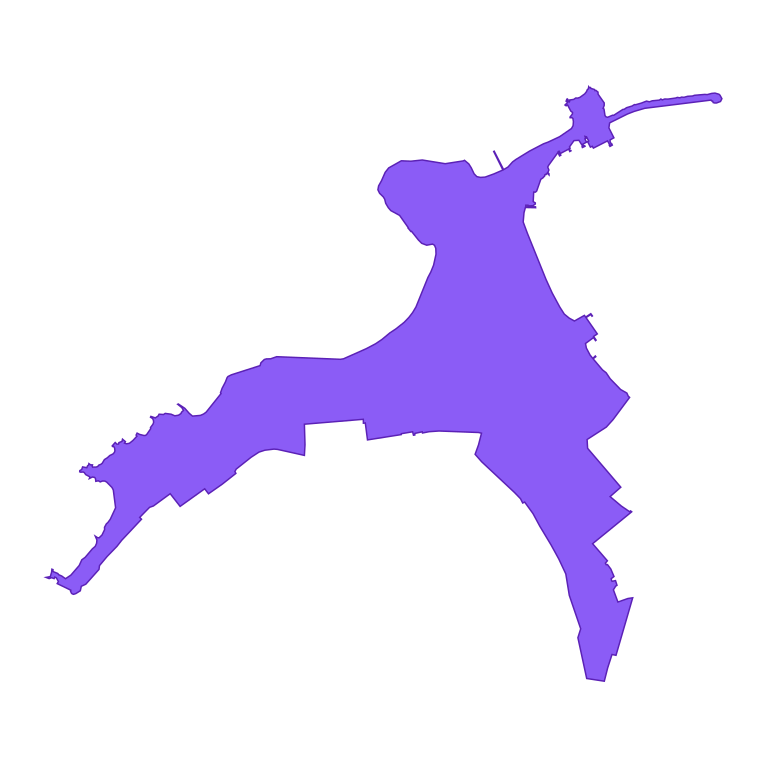 Al Gumruk, Al Iskandariyah, Egypt (orthographic projection)
{"feature_id": "37247803B59433804182787", "entity_name": "Al Gumruk", "entity_type": "district", "adm_level": 2, "iso_a3": "EGY", "parent_name": "Egypt", "parent_adm1": "Al Iskandariyah", "projection": "orthographic", "projection_center": [29.884, 31.203], "detail": "fine", "context": "isolated", "style": "filled", "palette": "violet", "viewbox_px": 768, "rotation_deg": 0, "n_neighbors": 0, "source": "geoboundaries", "source_scale": "gbopen_adm2", "svg_char_len": 6025}
<svg xmlns="http://www.w3.org/2000/svg" viewBox="0 0 768 768"><path d="M632.7,597.8L627.9,598.5L617.9,602.0L613.4,589.8L615.7,586.1L617.0,585.3L615.5,580.6L612.1,581.3L611.5,580.3L611.2,578.7L614.0,576.5L610.8,569.0L607.5,564.6L606.2,564.7L605.4,563.1L607.4,560.8L592.6,543.7L631.7,511.8L630.6,510.9L629.6,511.7L621.4,506.1L610.1,496.6L620.8,487.2L587.6,448.3L587.1,439.5L606.3,427.1L613.0,419.7L629.6,397.4L628.2,396.1L626.9,393.1L620.6,389.5L610.2,378.8L606.2,372.8L602.5,369.9L593.1,358.8L595.8,356.7L595.3,356.0L592.8,358.4L590.1,355.1L586.4,348.1L585.5,343.5L593.5,337.6L595.5,340.6L596.1,340.1L593.6,336.4L597.3,333.9L586.0,317.6L590.8,314.5L592.0,316.2L592.4,315.9L590.8,313.7L585.7,317.1L584.4,315.4L574.4,321.0L569.2,318.1L564.3,314.1L559.7,306.9L552.2,293.0L546.0,279.4L527.4,233.3L523.2,222.0L524.0,212.7L525.4,207.5L535.6,207.7L535.5,206.8L525.8,206.8L525.8,205.2L528.0,205.2L528.1,205.9L532.9,205.7L535.3,204.0L535.3,202.9L533.2,201.6L533.7,192.1L535.5,192.1L536.7,191.0L540.8,179.3L542.9,177.9L544.8,175.8L544.7,175.1L545.5,174.3L546.1,174.5L547.2,173.1L549.0,174.9L549.0,173.8L547.9,172.5L548.9,170.0L547.7,167.0L548.7,165.2L557.9,152.5L559.6,155.9L560.8,155.2L560.5,154.5L559.9,154.8L558.3,151.6L559.1,151.2L560.4,153.5L568.7,149.1L569.8,151.5L571.0,150.8L570.7,150.4L570.0,150.8L569.1,148.8L570.1,148.2L569.5,146.9L574.0,140.6L578.9,140.3L582.8,146.4L582.1,146.7L582.4,147.5L585.0,146.3L584.7,145.7L583.7,146.2L582.8,144.2L586.5,142.2L584.9,138.9L585.7,138.5L585.0,136.4L586.5,136.8L588.7,141.0L587.6,141.6L590.4,147.1L592.3,146.3L593.4,148.1L607.5,140.9L609.8,144.9L609.3,145.2L610.0,146.4L612.3,145.1L611.8,144.0L611.4,144.2L610.1,141.6L610.1,139.9L613.9,137.8L608.9,127.9L609.6,123.0L610.4,122.5L627.5,114.0L634.2,111.4L644.8,108.3L711.0,100.1L711.5,100.9L712.6,101.1L713.2,102.6L714.7,103.0L716.5,103.0L720.5,101.5L721.9,98.7L720.0,95.2L718.9,94.2L715.0,93.1L711.7,93.4L707.2,94.6L704.8,94.4L694.4,95.3L692.5,96.0L687.6,96.3L684.0,97.3L681.6,97.1L679.8,97.8L677.3,97.4L675.8,98.0L667.9,99.1L664.7,99.0L662.2,99.9L660.9,99.0L659.4,100.1L652.2,100.8L649.4,101.8L646.5,101.1L641.3,103.1L635.7,104.7L634.4,104.6L632.1,106.0L626.5,107.7L624.2,109.3L622.9,109.4L613.7,115.3L612.6,115.2L607.6,117.3L606.0,116.8L605.0,115.6L604.0,109.0L603.1,108.4L604.2,105.4L604.2,102.9L598.1,94.2L598.0,92.1L595.9,90.4L595.0,90.6L594.5,89.5L590.9,88.4L590.5,87.5L589.3,87.6L588.7,86.8L588.4,88.8L587.4,89.5L586.5,91.6L584.7,93.9L580.0,97.3L577.8,98.1L575.7,98.0L573.7,99.4L568.9,100.1L569.7,100.9L569.4,101.9L567.6,101.5L567.6,99.2L567.2,98.9L566.8,99.3L566.1,101.2L567.2,101.9L567.4,102.7L565.0,105.0L566.1,105.8L567.6,105.0L570.8,111.1L572.5,112.4L572.4,114.0L570.0,117.1L570.1,117.7L572.0,117.7L572.9,118.4L573.4,121.6L573.1,125.6L571.5,128.5L559.6,136.7L548.1,142.1L543.5,143.8L529.7,151.0L516.0,159.4L512.6,161.9L507.9,167.1L503.6,169.6L494.2,151.2L493.7,151.5L502.9,170.0L493.9,173.9L485.1,177.1L480.4,177.4L476.8,176.6L474.1,173.8L471.3,167.9L468.8,163.9L464.5,160.3L463.3,160.9L445.2,163.7L422.3,160.0L410.9,161.2L401.3,160.8L388.7,167.9L385.2,172.3L381.5,180.7L378.6,185.9L377.9,189.8L379.6,193.3L383.3,196.9L384.7,199.2L385.7,203.3L388.3,207.7L390.8,210.6L399.6,215.4L408.2,227.6L408.0,228.0L410.9,231.5L411.5,231.3L418.5,240.1L421.7,243.3L426.7,245.2L432.6,244.1L434.5,245.3L435.8,248.4L436.0,254.2L433.6,265.1L430.8,272.0L427.9,277.5L416.0,306.9L412.6,312.6L408.9,317.4L404.2,322.3L395.6,329.1L390.1,332.7L381.9,339.5L375.5,343.8L366.2,348.7L343.5,358.8L340.4,359.3L276.7,356.7L270.6,358.8L266.4,358.9L264.3,359.5L260.9,362.8L260.1,365.6L231.4,374.8L228.0,376.5L227.1,377.6L225.4,382.0L222.1,388.3L220.5,392.8L221.0,393.6L206.2,412.1L203.6,414.0L200.4,415.4L192.5,416.1L189.1,413.2L184.8,408.3L178.3,404.0L177.7,404.3L181.8,407.6L183.5,410.4L181.5,412.2L181.0,413.5L178.5,415.2L174.8,415.8L171.1,414.2L165.2,413.4L163.5,414.5L159.1,414.2L158.1,416.0L155.3,417.9L150.9,416.4L150.5,417.2L152.7,418.6L153.5,420.7L153.6,422.5L152.9,424.3L150.5,427.5L150.7,428.7L146.7,434.5L145.5,435.4L144.0,435.5L139.6,434.4L137.1,433.1L136.1,435.1L136.9,436.2L132.9,440.5L129.4,443.3L126.5,443.8L124.5,443.1L125.4,441.6L122.5,439.2L122.0,441.4L118.9,442.6L118.7,443.8L118.1,444.2L116.8,444.1L115.2,442.5L112.2,445.9L112.5,446.5L113.6,446.4L114.6,448.0L114.9,450.8L114.4,452.4L112.9,454.0L109.8,455.5L107.4,457.7L104.4,459.6L102.2,463.3L100.9,464.3L98.8,465.1L97.7,466.5L96.1,467.1L92.6,467.1L92.2,466.2L92.5,464.9L90.5,464.8L88.9,463.6L88.6,465.0L87.5,465.9L86.8,467.7L82.6,466.9L81.7,469.5L79.8,470.6L79.7,471.8L80.7,472.2L83.2,472.0L84.3,472.6L85.7,474.6L89.6,476.7L89.9,477.2L89.4,478.5L92.4,477.0L94.6,477.4L95.5,478.6L95.8,481.3L98.4,480.8L100.2,481.9L102.6,481.0L104.9,481.1L106.7,482.1L112.0,487.5L113.3,490.0L115.6,507.8L110.3,519.2L107.8,522.6L106.4,523.8L104.5,527.3L104.6,529.6L102.0,535.0L99.1,537.8L97.6,537.7L95.3,536.2L96.9,540.0L96.6,543.3L95.2,546.4L92.4,548.8L85.2,557.3L81.8,559.8L79.2,565.5L70.9,575.1L65.5,578.7L61.7,576.0L58.7,574.7L57.8,573.5L53.4,571.7L52.9,571.0L53.0,569.6L51.9,569.2L51.6,572.2L50.3,576.6L46.1,577.4L49.1,578.6L51.6,577.7L54.1,578.6L54.8,577.1L56.4,577.9L58.4,581.5L57.2,583.6L70.8,590.2L70.5,591.0L71.4,593.1L72.3,593.9L73.6,594.3L75.8,593.6L80.3,590.8L81.3,586.3L85.8,584.2L95.8,573.0L99.0,569.4L99.5,565.6L107.2,556.4L117.0,546.3L121.7,540.3L141.5,519.2L139.7,517.4L149.6,507.3L153.4,506.0L170.2,493.7L180.1,506.4L204.7,488.8L208.5,493.8L222.2,484.2L235.9,473.4L234.9,471.5L236.2,469.1L251.2,457.2L259.0,452.1L264.9,450.2L274.0,449.1L277.5,449.4L304.4,455.4L305.0,444.7L304.4,424.2L363.3,419.3L363.4,423.2L365.3,423.0L367.5,439.9L401.2,434.6L401.3,433.7L412.6,431.8L413.5,435.2L414.8,435.0L414.9,433.4L422.2,431.8L422.5,433.0L429.1,431.7L439.0,431.0L478.6,432.5L481.5,433.2L478.5,444.9L475.1,454.3L481.7,461.8L514.5,492.5L520.5,498.7L522.7,503.0L524.7,502.1L533.0,513.6L539.8,526.2L551.1,545.0L558.8,559.0L565.8,573.9L569.3,595.4L580.7,628.8L577.9,637.7L586.7,678.5L604.3,681.2L607.7,667.8L612.0,654.5L616.0,655.3L632.7,597.8Z" fill="#8b5cf6" stroke="#5b21b6" stroke-width="1.5"/></svg>